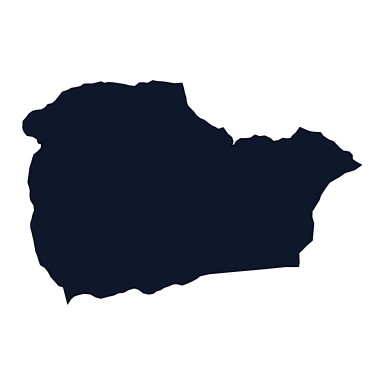 Brejo do Cruz, Paraíba, Brazil
{"feature_id": "56859067B33912375522561", "entity_name": "Brejo do Cruz", "entity_type": "district", "adm_level": 2, "iso_a3": "BRA", "parent_name": "Brazil", "parent_adm1": "Paraíba", "projection": "orthographic", "projection_center": [-37.497, -6.33], "detail": "fine", "context": "isolated", "style": "filled", "palette": "ink", "viewbox_px": 384, "rotation_deg": 0, "n_neighbors": 0, "source": "geoboundaries", "source_scale": "gbopen_adm2", "svg_char_len": 2128}
<svg xmlns="http://www.w3.org/2000/svg" viewBox="0 0 384 384"><path d="M361.0,165.0L356.4,162.5L352.1,159.6L352.0,155.2L349.1,152.2L343.1,151.2L339.1,148.0L336.0,144.7L333.0,141.7L329.5,140.6L326.1,138.5L322.8,136.2L320.5,132.9L314.9,132.6L309.7,131.9L304.5,129.8L300.0,127.7L296.4,132.8L293.0,135.8L290.9,138.6L287.0,139.1L282.6,138.6L278.6,140.8L273.6,141.7L269.9,138.6L264.7,136.2L259.4,136.9L255.0,135.3L250.9,138.3L245.4,138.9L240.4,138.9L236.5,141.6L234.6,144.9L231.3,146.8L232.8,141.4L231.5,137.5L227.5,134.3L225.3,131.1L223.1,128.0L218.4,129.6L215.0,127.5L211.5,126.1L207.9,123.4L204.2,120.5L200.0,118.8L196.3,116.0L193.7,112.4L190.4,109.0L187.4,105.8L186.2,102.1L185.6,97.5L184.2,92.9L183.1,87.6L181.8,83.4L174.6,84.0L163.7,82.2L157.1,81.8L152.8,80.9L147.8,83.6L143.3,83.0L139.5,83.1L135.0,86.7L129.5,86.1L123.5,84.6L117.8,83.8L112.6,83.0L108.0,82.8L104.3,83.6L100.9,82.1L96.6,83.2L92.0,84.3L87.8,84.2L83.9,84.4L80.8,86.7L76.4,87.7L71.6,88.5L68.0,90.5L62.6,92.3L59.0,96.9L55.5,101.2L52.5,103.7L47.8,104.9L45.3,108.0L41.5,110.1L37.0,110.5L32.8,111.5L29.4,113.9L26.3,118.0L23.4,121.3L23.0,128.0L24.4,131.7L27.2,135.2L33.1,136.2L37.3,138.9L38.4,142.8L41.8,143.7L41.5,148.2L37.6,152.2L34.2,154.8L32.9,158.6L31.9,162.3L30.2,167.6L28.2,182.4L29.6,186.6L30.5,190.5L30.2,195.9L31.1,200.4L34.2,205.2L34.8,210.4L33.2,214.6L32.3,218.9L31.0,223.0L31.0,227.6L32.1,231.5L34.2,240.6L36.1,251.4L38.0,256.0L39.4,261.0L40.7,264.6L45.0,267.1L48.6,271.7L51.1,276.5L54.4,280.2L59.0,285.4L63.6,286.7L67.8,303.1L70.5,298.9L73.6,296.1L77.8,294.5L83.8,293.1L90.4,293.7L96.1,296.8L100.8,298.0L108.4,296.0L114.1,294.7L117.8,292.7L123.4,292.1L128.7,289.3L134.1,287.7L138.5,288.9L143.4,292.6L148.7,293.9L153.2,293.1L156.1,290.8L160.4,289.5L163.7,287.3L168.6,285.7L173.4,283.6L177.0,283.5L182.3,284.8L186.4,283.2L191.7,280.9L196.6,278.2L199.8,275.6L204.4,274.6L209.1,273.5L268.9,268.0L286.0,266.3L298.4,266.3L298.9,262.4L298.5,253.1L306.4,245.1L312.0,240.3L313.5,223.5L311.6,217.2L311.8,211.2L318.9,199.8L320.5,195.0L325.4,187.4L329.4,182.0L339.6,176.2L344.5,172.6L354.3,169.6L361.0,165.0Z" fill="#0f172a" stroke="#020617" stroke-width="1.5"/></svg>